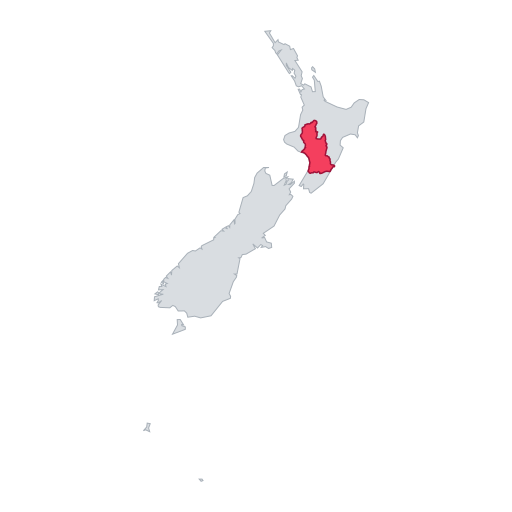 where Manawatu-Wanganui sits in New Zealand
{"feature_id": "NZL-3334", "entity_name": "Manawatu-Wanganui", "entity_type": "Regional Council", "adm_level": 1, "iso_a3": "NZL", "parent_name": "New Zealand", "parent_adm1": "", "projection": "mercator", "projection_center": [175.592, -39.627], "detail": "fine", "context": "in_parent", "style": "filled", "palette": "rose", "viewbox_px": 512, "rotation_deg": 0, "n_neighbors": 0, "source": "natural_earth", "source_scale": "10m", "svg_char_len": 6750}
<svg xmlns="http://www.w3.org/2000/svg" viewBox="0 0 512 512"><path d="M272.1,185.4L274.1,185.5L283.2,178.5L286.9,177.0L287.9,176.8L285.9,178.9L286.3,180.4L284.2,185.2L286.0,184.4L287.1,181.1L288.2,180.5L287.8,178.6L293.2,179.2L291.4,182.6L288.5,184.5L290.3,184.6L294.4,181.2L294.4,183.2L289.1,188.9L290.7,192.1L289.3,194.7L290.8,194.4L292.9,196.3L291.7,199.0L285.8,205.7L285.0,209.0L279.7,215.0L274.0,226.1L263.3,233.3L265.3,235.4L261.6,238.0L264.6,237.5L266.6,241.9L271.3,243.2L271.7,247.4L268.6,248.5L265.6,246.6L261.2,247.4L262.6,245.6L260.8,244.5L257.5,248.0L252.8,243.9L255.4,248.7L246.1,254.1L242.3,254.6L240.9,257.6L238.7,257.8L240.0,258.7L237.0,274.0L234.4,274.0L236.8,275.6L236.4,277.2L233.3,281.7L229.1,293.5L230.6,296.3L230.4,298.3L222.6,301.4L211.0,315.8L200.6,317.9L194.7,316.2L187.8,317.2L186.7,313.1L184.4,310.9L178.2,311.0L175.3,306.6L172.8,305.4L169.8,307.8L160.2,307.4L158.4,306.7L158.1,305.0L161.7,300.5L158.4,302.9L157.0,302.7L158.3,300.7L158.2,298.8L154.2,300.7L154.5,296.8L163.3,294.2L159.8,293.9L159.6,292.5L163.0,289.6L158.5,289.9L159.3,286.5L161.8,286.5L160.9,284.1L166.0,286.6L165.3,284.2L167.3,283.5L163.8,281.8L163.7,279.3L165.5,277.5L167.8,278.3L166.3,276.1L170.5,271.9L171.5,275.1L171.8,270.5L177.2,266.0L179.4,267.8L178.4,263.7L187.5,253.3L192.6,250.5L195.4,251.0L200.0,247.9L202.0,249.1L201.2,246.8L201.8,245.7L213.7,239.8L213.7,237.9L215.0,237.6L214.1,237.1L220.9,230.7L223.7,231.1L222.0,229.3L224.8,227.6L227.5,228.9L225.9,226.9L228.5,225.7L229.7,227.4L229.8,224.9L233.9,219.9L234.6,223.9L235.1,223.3L234.9,219.3L237.8,214.6L240.0,213.6L238.9,212.2L243.1,197.6L247.4,195.8L251.3,191.5L253.9,183.5L254.7,177.5L257.1,173.1L263.6,167.5L269.0,167.5L265.3,168.0L264.8,171.0L265.9,173.4L269.8,175.2L272.1,185.4ZM269.4,33.0L275.1,42.7L278.0,39.7L278.4,41.9L284.0,44.6L285.0,43.7L289.7,46.2L290.4,49.6L293.5,48.5L297.5,55.8L296.9,57.6L298.2,60.2L294.9,60.5L302.1,71.8L301.2,75.8L302.4,78.5L300.7,83.6L303.7,85.1L304.8,83.8L311.0,86.9L312.5,91.7L315.3,91.6L314.3,80.2L312.5,77.2L313.8,75.5L317.8,81.5L319.4,81.2L321.2,86.2L323.2,96.9L325.7,100.2L324.4,99.7L324.1,100.5L325.4,101.5L337.1,107.0L346.1,109.4L351.2,107.2L354.2,102.9L359.2,99.5L363.9,99.8L368.6,102.6L366.0,108.6L363.8,122.0L358.6,125.9L357.4,132.8L358.4,135.6L357.4,137.8L355.2,134.8L350.5,134.0L342.6,137.4L340.4,140.7L340.1,145.1L343.2,147.8L338.4,159.0L335.7,162.2L323.1,183.8L311.1,193.2L309.6,192.4L308.6,188.7L303.5,188.8L303.8,184.5L303.2,184.0L301.3,186.5L299.1,185.6L308.5,169.9L310.1,162.1L308.4,158.0L305.8,154.2L297.9,151.0L294.1,147.1L286.7,144.0L284.5,142.1L283.6,139.6L285.0,135.5L289.1,133.0L294.9,131.4L298.5,127.4L300.6,114.6L302.8,110.1L302.1,107.2L304.3,105.1L300.8,97.1L301.5,94.7L300.4,94.4L298.2,89.3L299.6,89.1L300.9,91.9L302.1,89.6L304.4,89.0L301.7,85.8L298.5,86.8L296.3,85.8L294.6,81.0L291.2,75.8L292.2,75.7L295.0,78.2L295.9,76.2L294.1,73.2L294.8,70.2L292.6,68.5L292.3,70.4L288.5,67.6L286.3,62.9L286.3,65.4L290.8,72.2L289.6,73.6L288.8,72.9L277.4,54.9L281.2,50.0L278.8,51.0L276.7,54.0L275.6,52.7L274.9,50.5L272.1,47.6L273.4,45.8L273.4,43.4L264.8,31.3L270.8,30.7L269.4,33.0ZM180.2,319.5L183.6,324.9L181.7,324.5L181.8,325.7L185.3,326.9L185.3,329.3L172.5,334.2L177.5,325.0L177.2,319.6L180.2,319.5ZM148.6,428.0L149.7,431.7L145.6,429.8L143.4,430.7L146.7,427.0L147.2,423.1L150.2,423.7L148.6,428.0ZM314.7,68.9L315.4,72.3L311.8,69.8L311.6,67.9L312.6,66.7L314.7,68.9ZM286.3,175.6L283.9,176.9L284.5,173.9L287.2,172.0L286.3,175.6ZM158.7,292.8L158.4,294.7L154.9,293.9L157.6,291.8L158.7,292.8ZM202.0,479.1L203.0,480.6L201.1,481.3L199.2,479.1L202.0,479.1ZM162.8,280.7L163.6,283.8L161.3,282.3L162.8,280.7Z" fill="#d9dde1" stroke="#a8b0b8" stroke-width="1"/><path d="M308.1,171.1L308.6,169.5L308.8,169.1L309.0,168.6L309.0,167.3L309.1,166.8L309.1,166.7L309.1,166.4L309.3,166.3L309.5,166.3L309.6,166.2L309.5,165.8L309.4,165.5L309.4,165.1L309.4,164.9L309.6,164.5L309.8,163.2L309.9,162.3L309.8,162.0L309.7,161.8L309.5,161.3L309.2,159.7L308.9,158.5L308.7,157.9L308.4,157.3L307.0,155.9L306.7,155.3L305.0,153.4L303.8,152.6L302.8,152.2L302.3,152.1L301.6,152.1L302.0,151.2L302.4,150.8L302.9,150.5L303.3,150.0L303.8,149.6L304.2,149.5L304.5,149.1L304.5,148.7L304.5,148.3L304.6,148.1L305.1,147.9L305.5,147.6L305.4,147.4L305.2,147.2L305.2,146.1L305.5,145.1L305.3,144.4L305.1,143.7L304.3,143.0L303.7,142.3L303.6,141.8L303.6,141.3L303.7,141.1L303.7,140.9L303.7,140.5L303.3,140.3L302.5,139.8L302.5,139.4L301.8,138.4L301.4,137.3L300.7,136.6L300.6,135.5L301.0,134.6L302.1,133.4L302.4,132.1L302.4,131.4L302.2,130.6L302.4,130.1L302.2,129.4L302.0,128.5L302.4,127.7L302.5,127.6L303.0,127.4L303.3,127.2L303.9,126.8L304.6,126.6L304.6,126.4L304.6,126.2L305.0,125.4L305.0,125.0L305.1,124.7L306.2,124.5L306.6,124.3L307.0,124.0L307.4,124.1L307.5,123.9L308.5,123.8L309.2,124.0L309.6,123.9L310.3,123.5L310.6,123.3L310.7,123.1L310.8,123.0L311.0,122.9L311.0,122.5L311.5,122.3L311.9,122.5L312.3,122.4L312.9,121.6L313.9,120.5L314.8,120.4L315.7,120.8L316.4,121.2L316.8,121.9L316.8,122.6L316.8,122.9L316.8,123.5L316.2,124.1L316.0,124.8L315.6,125.8L315.0,126.7L315.3,127.4L315.8,127.8L315.8,128.5L315.5,129.1L315.6,129.7L316.0,130.1L316.0,130.4L315.8,130.7L315.7,131.6L316.3,131.9L316.9,131.8L317.5,131.9L317.5,132.4L317.2,133.0L316.9,133.5L316.8,134.0L317.0,134.4L317.1,134.8L316.9,135.9L316.5,136.8L316.1,137.7L316.2,138.6L317.7,139.0L319.4,139.0L320.1,139.1L320.8,138.8L321.0,138.5L321.1,138.1L321.2,137.8L321.4,137.5L321.5,137.2L321.8,136.9L322.5,136.6L322.9,136.1L323.0,135.9L323.2,135.0L323.8,134.2L324.1,134.3L324.9,135.2L325.4,136.7L325.5,138.4L325.7,139.2L325.5,139.9L325.2,140.6L325.5,141.4L325.6,142.2L326.0,142.6L326.0,143.3L326.3,143.7L326.5,143.8L326.8,143.8L326.9,144.0L326.7,144.3L326.5,145.0L326.2,145.4L326.0,145.7L326.0,145.8L326.3,146.2L326.5,146.2L326.7,146.4L326.6,146.7L326.7,147.3L327.0,147.8L326.9,147.9L326.8,148.0L326.7,148.3L326.7,148.6L325.9,151.5L325.7,153.1L325.3,154.9L325.3,155.0L325.3,155.3L325.7,155.7L326.0,155.8L327.2,155.8L328.2,156.7L328.5,156.9L328.8,156.9L328.9,157.0L329.1,157.1L329.2,157.4L329.1,157.7L329.2,158.0L329.4,158.3L330.0,158.9L330.1,159.3L329.9,159.7L329.9,160.3L330.4,161.6L330.5,162.3L330.4,163.1L330.4,163.8L330.9,164.4L331.5,164.8L333.4,165.0L333.9,165.3L334.6,165.9L334.6,166.1L334.3,166.7L333.9,166.7L333.4,166.6L333.1,166.7L332.0,168.4L331.0,169.5L330.8,169.8L330.8,170.0L330.7,170.3L330.6,170.5L330.3,171.2L330.2,171.3L329.9,171.3L329.7,171.4L329.6,171.6L328.0,171.4L326.8,171.2L325.9,171.4L325.0,171.6L323.3,172.5L321.8,173.2L320.4,173.5L319.8,173.4L319.7,172.4L319.2,172.0L318.4,171.6L318.0,172.0L317.0,172.6L316.1,172.5L314.1,171.9L313.7,172.1L313.2,172.8L312.7,172.8L312.2,172.8L311.5,172.8L310.6,173.2L310.3,173.3L309.5,173.0L309.1,172.3L308.4,171.7L308.1,171.1Z" fill="#f43f5e" stroke="#9f1239" stroke-width="1.5"/></svg>